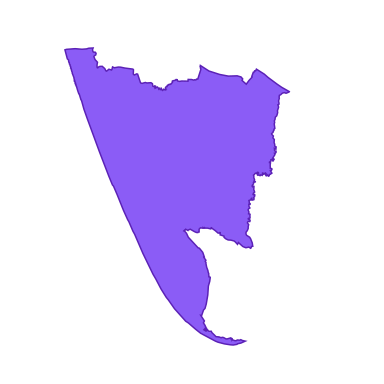 outline of Pak Phanang, Nakhon Si Thammarat, Thailand, rotated 173°
{"feature_id": "78962969B48668485292625", "entity_name": "Pak Phanang", "entity_type": "district", "adm_level": 2, "iso_a3": "THA", "parent_name": "Thailand", "parent_adm1": "Nakhon Si Thammarat", "projection": "robinson", "projection_center": [100.145, 8.346], "detail": "fine", "context": "isolated", "style": "filled", "palette": "violet", "viewbox_px": 384, "rotation_deg": 173, "n_neighbors": 0, "source": "geoboundaries", "source_scale": "gbopen_adm2", "svg_char_len": 6070}
<svg xmlns="http://www.w3.org/2000/svg" viewBox="0 0 384 384"><g transform="rotate(173 192 192)"><path d="M129.3,300.2L133.0,301.8L141.8,302.6L150.2,305.3L160.4,310.0L168.3,316.6L168.7,315.3L168.2,315.0L168.5,313.6L168.2,313.0L168.4,312.3L172.5,303.4L173.8,303.5L174.1,303.0L174.9,302.8L175.9,303.1L176.5,302.8L178.7,303.7L182.1,304.2L182.5,302.5L188.7,303.4L190.8,303.3L192.6,303.9L193.1,304.6L193.0,305.3L194.1,305.6L194.9,305.0L197.9,304.6L198.1,304.3L198.0,303.3L200.0,301.5L200.5,301.8L200.8,301.5L202.0,301.5L202.1,301.2L202.8,300.9L203.3,301.0L203.9,300.2L203.9,299.7L204.7,299.7L205.6,298.9L205.7,297.6L205.3,297.3L205.8,297.1L205.8,296.6L206.7,296.8L207.5,297.5L208.7,296.4L209.5,297.2L209.7,298.3L210.5,297.4L211.0,297.5L211.3,299.0L212.4,298.2L212.5,298.9L213.5,300.4L216.0,299.5L216.1,300.4L215.2,300.9L215.2,301.4L216.0,301.9L216.7,301.2L217.9,301.7L218.1,304.4L219.4,305.5L223.5,305.7L225.0,306.4L228.2,305.9L229.4,306.3L229.9,307.1L231.6,315.6L232.4,316.0L235.1,315.2L235.9,316.2L235.2,320.5L235.7,321.2L243.5,323.2L247.6,324.6L249.9,325.0L253.9,324.8L255.6,325.8L256.6,323.3L257.0,322.9L259.5,324.0L262.0,322.4L262.8,322.9L263.5,325.1L265.8,327.7L268.2,327.9L269.4,327.5L270.2,326.8L270.8,326.8L271.0,327.4L270.8,329.6L270.0,332.3L272.1,335.3L272.9,338.3L272.4,339.0L270.8,339.8L270.3,341.3L270.9,342.5L272.8,342.9L273.2,343.4L273.4,345.4L272.6,347.0L277.0,347.3L279.2,346.9L283.8,347.1L290.5,348.5L299.2,348.9L300.8,348.6L299.5,339.3L298.5,338.2L298.5,336.0L298.0,335.5L298.1,334.0L297.6,333.4L297.5,332.6L297.7,332.1L297.3,331.6L297.1,330.5L297.4,329.8L296.9,329.3L297.0,328.6L296.7,327.9L296.8,327.2L296.3,325.2L296.4,324.5L295.2,319.7L295.3,318.9L295.0,317.6L295.2,317.4L294.9,317.2L294.8,316.2L295.1,316.0L294.7,315.6L294.5,314.9L294.8,314.5L294.3,314.1L294.6,313.5L294.2,313.0L294.4,312.5L294.0,312.1L294.1,311.4L293.8,310.9L293.1,306.6L292.4,303.3L292.1,303.2L291.8,301.9L291.0,297.2L290.5,296.2L289.2,287.5L287.0,277.5L278.9,242.9L272.6,217.7L270.1,208.7L269.2,207.4L266.5,198.1L262.3,182.3L259.2,172.3L258.3,170.3L255.4,160.3L254.1,157.1L248.2,137.0L240.7,115.1L238.7,110.5L234.5,99.4L230.3,90.4L228.7,87.9L223.6,78.3L214.0,64.5L211.6,62.5L205.2,55.4L200.6,50.7L186.9,41.1L184.6,39.8L178.3,37.3L172.7,35.7L169.8,35.1L165.9,35.3L165.3,35.8L161.8,36.1L157.3,37.5L160.1,38.5L161.6,39.5L162.6,39.1L165.1,39.6L166.5,39.0L167.8,39.3L169.8,40.4L170.3,40.1L170.0,41.5L170.4,41.8L171.0,41.5L171.0,42.2L171.3,42.5L175.1,41.9L176.2,42.1L178.4,43.7L179.8,44.1L180.9,43.8L182.5,44.7L182.8,44.6L183.0,44.9L185.8,45.5L189.5,50.2L189.8,51.4L192.1,51.7L193.0,52.4L193.1,53.0L193.6,53.5L194.2,53.0L194.5,52.3L194.4,52.9L194.9,52.3L195.6,52.7L194.9,52.5L194.0,53.7L194.5,55.4L195.8,53.5L195.9,52.9L197.0,53.8L195.0,55.6L194.9,56.0L195.3,58.0L196.6,60.7L195.4,62.5L198.4,68.6L197.4,68.4L194.9,73.5L193.3,74.8L191.5,79.1L188.9,87.8L187.2,96.7L185.3,101.1L184.3,104.9L184.4,105.3L185.6,105.8L185.4,107.4L185.5,108.5L185.3,109.0L185.7,110.3L185.8,112.2L186.6,115.5L186.9,119.5L186.7,120.1L187.3,121.7L186.5,122.6L188.3,125.7L188.3,126.1L187.7,126.1L188.7,130.8L191.5,135.3L192.8,135.9L201.2,147.6L202.5,151.7L204.0,153.9L204.8,154.4L203.9,155.2L203.3,155.1L202.8,155.8L200.7,154.3L200.4,154.7L198.3,155.3L194.3,152.3L192.6,151.3L191.1,151.0L190.4,151.6L189.8,151.5L189.5,154.2L188.0,155.4L185.8,154.8L185.5,155.3L185.2,154.7L184.4,154.6L184.5,155.0L183.9,155.2L183.5,154.6L180.8,154.2L178.0,153.1L177.4,153.3L177.3,154.2L177.0,154.2L176.5,153.4L173.7,150.9L171.2,148.1L170.1,147.9L169.2,148.4L168.9,148.2L169.3,146.0L165.6,144.3L165.7,143.1L164.3,141.5L162.0,140.0L159.3,139.5L156.3,138.3L155.4,137.5L153.2,134.5L152.1,136.2L148.3,131.8L147.4,131.2L145.3,130.1L142.3,130.4L140.7,129.0L140.2,129.3L139.6,130.7L138.3,130.7L138.4,134.1L139.5,138.4L140.3,140.1L143.1,142.4L143.4,143.3L143.5,144.6L143.1,145.7L141.9,146.8L140.7,148.9L140.4,151.0L139.7,152.7L140.7,154.4L140.6,155.2L139.7,156.0L138.3,155.6L137.8,156.3L138.1,157.6L139.3,158.1L139.5,158.5L139.1,159.0L137.9,158.8L137.5,159.5L137.4,161.6L137.1,162.7L137.3,163.1L138.5,163.5L137.9,165.2L138.5,167.4L137.9,168.4L136.5,169.1L137.2,170.6L137.1,172.8L136.8,173.0L136.0,172.6L135.7,172.9L135.7,173.3L136.5,174.2L136.3,175.3L136.6,176.5L136.3,176.8L134.9,176.9L133.8,178.4L133.4,178.0L133.8,177.0L133.5,176.6L131.6,176.8L131.2,177.6L131.7,179.0L130.6,179.6L130.2,180.6L130.0,181.4L130.2,181.9L131.4,181.7L131.7,182.1L131.1,183.5L129.8,184.3L130.4,186.8L129.8,190.1L130.2,190.3L131.3,189.8L131.6,190.5L131.2,191.5L129.9,192.6L129.8,194.1L129.2,194.5L128.4,194.1L127.9,194.4L128.0,194.7L129.0,195.4L128.4,196.7L128.9,198.6L128.7,200.1L128.9,201.2L127.9,201.8L127.0,202.8L126.3,202.9L125.5,202.5L124.9,203.4L124.3,203.6L123.9,203.3L123.6,202.7L124.9,201.7L125.1,201.2L124.6,200.6L123.4,200.7L122.5,199.9L121.5,200.7L120.3,199.9L119.5,200.9L119.8,201.7L119.7,202.2L119.3,202.2L118.5,201.0L116.9,202.0L116.3,201.4L117.0,200.2L116.4,199.0L116.0,199.0L115.3,199.9L114.2,198.4L113.4,198.7L113.1,199.9L112.2,200.0L110.4,201.0L111.6,203.5L110.6,203.7L109.8,205.0L110.2,205.6L111.4,205.8L111.1,209.4L110.5,211.5L110.9,211.9L111.5,211.8L111.5,212.2L109.9,213.1L109.8,214.4L108.3,214.8L108.2,213.1L107.8,212.9L106.5,214.5L107.6,216.0L105.1,219.0L105.4,220.4L104.4,220.4L104.0,221.2L103.6,221.4L103.7,222.1L104.5,222.4L105.1,223.7L104.6,224.7L104.9,225.4L104.2,225.4L103.5,224.4L103.0,226.5L104.3,227.5L104.1,229.4L104.5,230.9L103.9,234.1L105.1,235.9L104.4,237.6L105.8,239.5L105.9,240.2L104.3,241.3L104.2,242.0L103.8,242.3L103.4,243.4L103.0,243.5L102.9,244.4L102.0,245.0L102.1,249.6L101.5,250.8L101.6,252.6L100.8,253.8L100.2,256.1L98.6,257.3L97.3,260.3L97.3,262.2L95.7,265.7L96.1,268.1L95.1,268.4L94.8,269.4L95.0,271.8L93.9,274.4L94.0,275.4L93.5,277.3L92.2,277.7L90.4,279.0L89.1,279.3L87.8,279.3L87.3,278.8L86.3,278.6L83.5,279.4L83.2,279.8L90.1,284.9L94.3,288.6L102.7,296.6L105.9,300.2L113.1,306.1L113.9,304.7L114.2,304.7L114.6,304.4L115.1,304.6L116.1,303.2L116.6,303.3L118.6,299.4L118.3,298.9L118.6,298.5L121.7,295.9L125.0,292.4L128.7,296.6L127.9,298.1L129.3,300.2Z" fill="#8b5cf6" stroke="#5b21b6" stroke-width="1.5"/></g></svg>